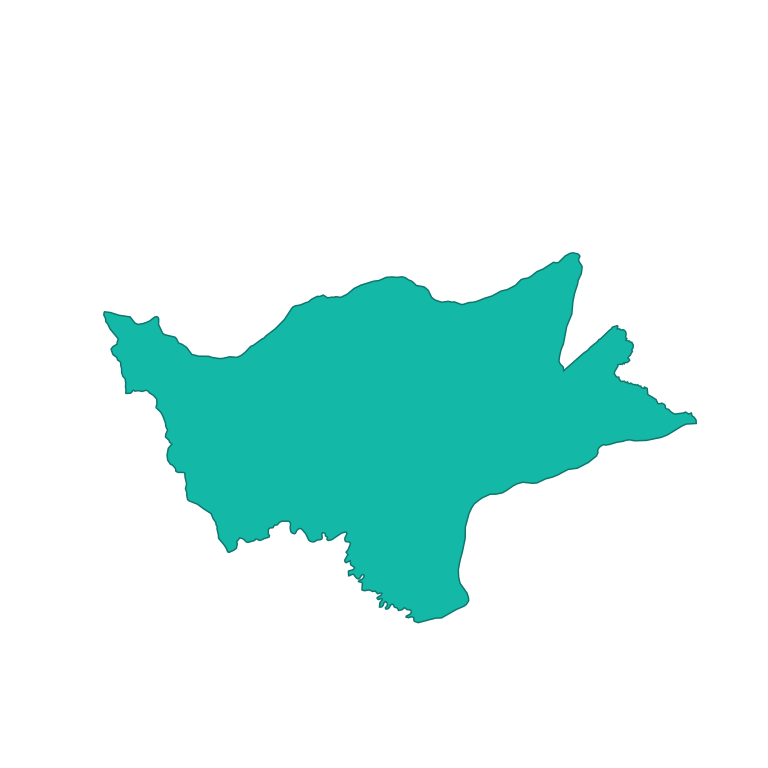 the district of Puerto Nare, Antioquia, Colombia, rotated 45°
{"feature_id": "7082276B40653631008406", "entity_name": "Puerto Nare", "entity_type": "district", "adm_level": 2, "iso_a3": "COL", "parent_name": "Colombia", "parent_adm1": "Antioquia", "projection": "natural_earth1", "projection_center": [-74.693, 6.141], "detail": "fine", "context": "isolated", "style": "filled", "palette": "teal", "viewbox_px": 768, "rotation_deg": 45, "n_neighbors": 0, "source": "geoboundaries", "source_scale": "gbopen_adm2", "svg_char_len": 6158}
<svg xmlns="http://www.w3.org/2000/svg" viewBox="0 0 768 768"><g transform="rotate(45 384 384)"><path d="M632.7,191.1L630.1,188.8L626.6,188.2L624.4,188.7L621.8,187.2L620.8,189.7L617.0,190.7L616.4,192.5L611.2,199.3L610.2,200.0L606.1,200.9L603.2,200.6L601.4,201.9L600.0,201.9L597.8,200.3L596.5,200.3L594.1,201.0L592.9,203.0L591.4,204.2L587.4,202.6L577.9,204.9L573.2,201.0L570.4,202.0L571.1,203.0L569.5,204.3L568.5,204.5L567.1,203.9L566.1,204.9L563.9,205.2L563.5,206.2L562.2,206.7L560.4,208.3L557.9,208.8L557.3,210.3L555.5,210.8L554.7,210.3L554.1,212.0L551.9,212.1L549.8,214.6L546.9,214.2L545.2,213.1L543.4,214.7L539.2,213.7L538.1,211.3L536.9,206.3L535.8,205.3L537.0,203.0L538.7,201.6L538.6,199.4L539.5,199.6L539.2,198.5L540.8,196.8L541.1,193.7L540.0,193.0L538.0,193.2L537.6,191.2L537.9,189.5L537.0,187.3L536.7,185.4L535.0,184.6L534.6,182.5L532.6,180.1L529.7,179.3L528.7,180.3L527.3,180.0L525.3,181.5L524.6,181.3L524.0,181.9L523.5,180.2L522.7,180.5L521.3,179.5L519.9,177.5L518.2,176.3L516.4,176.0L514.6,176.5L513.7,178.1L511.6,178.5L509.9,180.1L508.6,177.9L507.6,177.9L505.3,182.4L505.8,184.7L505.4,186.7L505.2,199.1L504.5,200.7L505.0,202.8L503.9,212.4L504.3,215.6L503.3,221.2L501.7,247.7L498.9,245.3L494.2,245.2L491.5,244.1L488.7,240.5L485.0,234.7L482.5,228.8L472.5,214.1L467.4,201.8L459.2,192.0L454.7,185.2L450.4,176.7L448.1,173.5L445.5,166.5L441.8,161.7L440.7,160.7L434.6,159.3L433.3,158.0L432.4,155.4L431.4,154.8L429.0,154.9L424.8,157.7L423.2,160.0L421.6,165.2L421.5,174.7L420.3,176.4L417.8,178.1L415.2,190.2L412.7,196.3L411.7,204.7L410.6,207.7L408.3,210.8L407.1,213.3L407.2,221.2L404.5,229.9L401.0,235.6L398.2,245.3L394.6,252.1L391.2,259.9L389.3,263.1L386.3,266.6L383.8,271.7L382.3,273.2L375.8,276.1L374.3,277.9L370.9,280.2L367.0,285.4L360.5,288.6L356.4,289.1L349.2,286.5L344.7,286.8L343.5,287.1L337.1,291.5L332.4,291.5L330.3,291.9L327.6,293.1L323.7,293.8L321.0,295.4L318.0,299.2L313.8,302.8L310.1,307.1L307.2,314.6L304.0,318.6L297.8,330.3L295.3,337.6L294.5,346.4L292.2,353.3L288.1,356.4L287.0,358.5L286.1,359.0L283.1,363.0L278.1,364.1L276.7,367.6L274.9,369.1L273.0,374.7L272.4,379.9L271.4,381.3L269.0,387.2L266.1,391.3L265.2,393.6L265.3,395.9L268.0,408.7L268.1,421.9L266.5,433.8L266.7,436.4L266.0,437.9L264.3,449.0L263.2,451.5L263.4,459.9L262.9,464.4L261.3,469.0L255.5,474.0L251.8,480.1L249.3,482.7L243.6,486.8L240.4,488.4L233.4,495.3L227.2,499.0L218.6,497.7L213.2,498.7L210.2,500.1L209.2,500.1L205.2,498.7L203.0,498.7L194.1,504.2L191.8,504.7L182.6,501.4L179.0,497.6L177.2,496.7L175.7,497.0L174.5,498.9L173.7,505.3L172.5,508.3L170.7,512.0L167.7,516.0L164.7,517.0L157.0,516.1L148.1,522.7L140.0,526.9L135.3,530.6L135.7,531.6L137.2,533.4L140.8,534.6L143.1,536.6L146.2,536.9L151.6,538.8L164.2,540.0L166.0,543.6L167.1,544.5L165.9,549.2L166.3,552.3L170.9,554.6L172.3,554.8L176.2,554.1L178.7,555.4L181.1,554.9L182.7,555.1L184.6,556.9L187.6,558.7L190.5,561.5L193.9,563.2L197.4,563.4L201.0,566.3L203.2,568.8L205.5,570.4L207.9,573.1L208.9,572.5L211.4,569.5L211.1,565.6L213.0,565.1L215.1,562.3L218.2,560.3L220.2,556.7L221.7,555.9L224.8,556.1L228.7,555.1L234.0,555.4L237.6,558.7L239.0,561.3L239.8,561.9L246.1,561.8L250.0,562.9L256.7,565.9L260.2,568.5L263.6,569.7L265.1,573.6L266.9,576.0L271.9,575.8L273.3,576.7L276.5,576.6L276.9,582.0L280.8,587.6L284.9,590.8L289.6,591.8L291.9,590.9L296.0,591.1L298.7,592.9L300.9,592.1L304.8,588.3L306.1,587.8L309.4,590.7L315.1,594.2L317.6,598.4L321.9,600.5L322.9,601.9L326.8,604.6L329.0,604.4L337.1,600.9L344.7,599.8L353.5,597.9L358.3,600.0L362.8,600.8L365.1,602.4L366.8,602.7L368.3,604.5L373.9,608.0L376.1,610.1L385.1,610.9L388.6,611.7L392.2,613.2L393.5,612.6L395.3,607.9L395.8,604.6L393.2,600.6L391.5,600.0L390.8,594.8L394.1,593.0L398.1,593.1L399.8,592.2L403.1,586.3L403.0,584.1L403.6,583.5L405.7,583.1L407.2,581.9L408.6,578.0L411.0,573.6L410.3,572.2L408.0,571.7L405.5,569.0L404.9,567.5L405.3,566.3L407.1,564.1L406.3,561.3L408.1,559.2L407.9,555.7L408.9,553.1L413.6,548.4L414.7,548.2L416.8,548.9L419.5,552.3L422.4,554.2L424.0,554.4L425.8,553.7L426.6,553.2L426.9,552.1L425.9,549.0L426.0,547.0L426.9,545.4L428.3,544.8L434.5,545.2L441.2,547.6L442.8,547.5L445.1,546.2L446.4,544.6L447.0,541.7L449.1,539.1L449.6,537.6L448.8,536.1L446.2,534.2L445.7,532.7L446.8,531.6L448.3,531.4L450.0,532.8L452.5,532.3L453.4,534.2L455.1,534.2L457.1,531.3L459.4,519.5L461.6,515.6L462.7,515.5L463.6,516.0L465.2,520.5L466.9,522.2L468.4,522.5L471.4,520.1L473.2,520.6L475.7,526.3L476.1,529.7L479.1,530.1L480.6,535.9L481.4,536.9L482.8,537.4L483.6,537.1L485.0,532.9L488.3,535.4L492.8,534.6L493.5,536.0L493.5,537.2L491.2,541.1L491.5,541.9L494.6,544.6L495.0,544.1L494.5,543.8L495.3,543.2L496.4,540.6L497.0,540.1L500.9,540.7L502.9,540.5L503.8,539.9L504.1,538.3L503.3,535.0L503.5,534.2L504.3,533.4L505.7,533.6L506.5,535.5L506.6,537.5L505.5,540.1L505.5,541.6L506.3,541.5L508.6,539.9L509.4,540.0L513.9,545.1L515.1,544.8L516.5,543.8L519.3,539.9L522.6,538.8L524.3,536.6L527.6,536.9L528.5,535.9L529.1,534.2L530.7,533.6L531.3,535.7L530.4,538.6L530.4,540.3L531.7,540.6L532.7,540.1L534.0,537.3L534.8,537.2L535.4,538.2L535.7,541.5L538.5,544.9L539.5,544.1L540.1,542.7L539.9,541.1L538.7,538.7L538.9,536.7L540.9,536.6L542.2,537.3L542.9,538.5L543.3,541.4L544.5,541.8L545.3,541.0L545.8,539.6L545.7,537.9L544.9,535.6L545.5,534.0L546.7,533.4L548.9,534.4L552.0,533.0L554.4,533.8L556.3,531.1L556.7,527.6L559.9,527.2L562.6,525.0L563.5,525.1L565.1,526.7L565.1,528.7L563.9,532.4L564.3,533.2L566.5,532.0L567.9,529.4L569.1,528.4L570.6,528.4L572.4,530.1L573.4,530.3L577.0,528.5L585.9,513.2L590.1,508.7L594.6,492.3L597.6,484.7L598.1,481.7L597.2,477.5L595.3,475.7L590.7,473.2L578.5,471.1L573.0,467.5L567.8,462.7L562.6,455.1L557.8,446.8L550.6,435.8L542.7,427.7L535.7,415.5L533.4,409.1L532.6,405.0L533.2,399.4L533.9,395.2L536.8,387.1L541.0,382.8L544.6,377.4L545.9,372.7L547.4,364.3L548.8,360.2L551.7,355.2L559.2,349.2L562.1,345.8L565.4,336.7L568.9,330.8L571.2,325.3L574.5,314.4L580.2,306.9L584.0,295.0L585.1,284.6L583.8,281.2L581.9,279.7L581.2,277.5L581.1,274.9L582.1,271.6L583.7,270.7L586.2,267.3L589.7,260.8L593.6,255.4L595.1,252.3L597.4,249.6L601.3,247.0L609.4,238.4L617.9,225.4L620.4,219.6L624.3,203.4L626.0,198.7L632.7,191.1Z" fill="#14b8a6" stroke="#0f766e" stroke-width="1.5"/></g></svg>